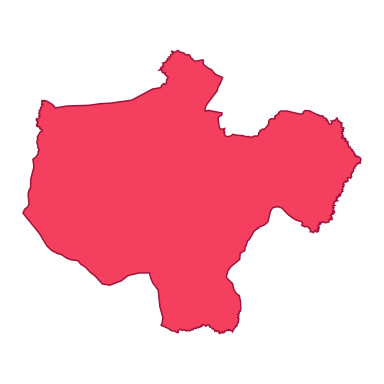 outline of Nong Han, Udon Thani, Thailand
{"feature_id": "78962969B68603960000153", "entity_name": "Nong Han", "entity_type": "district", "adm_level": 2, "iso_a3": "THA", "parent_name": "Thailand", "parent_adm1": "Udon Thani", "projection": "orthographic", "projection_center": [103.164, 17.36], "detail": "fine", "context": "isolated", "style": "filled", "palette": "rose", "viewbox_px": 384, "rotation_deg": 0, "n_neighbors": 0, "source": "geoboundaries", "source_scale": "gbopen_adm2", "svg_char_len": 5993}
<svg xmlns="http://www.w3.org/2000/svg" viewBox="0 0 384 384"><path d="M316.7,232.1L317.4,231.6L317.4,230.5L318.1,231.0L318.1,229.7L318.8,229.7L318.7,229.0L318.1,229.4L317.6,228.7L317.9,227.9L318.8,228.2L319.2,227.5L318.7,227.0L318.8,225.7L318.2,225.5L320.1,224.4L319.3,223.6L319.5,222.7L320.0,223.1L320.6,222.6L320.7,223.4L322.7,221.8L325.3,222.8L328.8,222.0L328.9,220.0L329.9,219.8L330.1,219.1L331.0,219.5L331.0,218.6L331.8,219.0L331.3,217.9L332.6,218.1L331.7,217.5L331.4,216.0L330.5,215.5L331.6,214.8L331.5,214.3L332.8,214.1L332.3,213.4L332.6,212.6L333.7,213.4L334.4,212.5L333.7,212.4L334.1,211.5L333.2,211.3L333.9,210.7L333.0,209.6L334.0,207.9L332.9,207.3L333.7,206.2L333.1,205.9L333.3,205.1L334.2,205.1L333.4,204.6L334.4,202.6L333.7,202.0L334.6,202.2L334.8,201.4L337.4,200.7L336.4,200.1L336.9,199.6L336.2,197.8L337.0,197.6L337.3,196.8L337.7,197.5L338.1,196.5L339.6,196.3L339.3,195.2L340.0,195.2L339.5,194.6L340.3,194.5L339.9,193.8L340.9,193.5L341.9,191.7L342.8,191.4L341.9,189.9L342.8,189.5L342.6,188.2L343.2,187.0L342.9,186.7L343.9,186.3L343.3,185.1L343.9,184.7L343.3,184.2L343.6,183.1L345.1,181.7L345.7,181.9L345.6,181.2L346.8,181.7L348.1,180.8L347.5,178.8L348.1,177.5L350.6,178.2L351.7,176.4L350.9,174.7L351.6,173.2L352.3,173.0L352.0,172.1L353.3,171.4L353.9,167.9L354.8,167.9L354.9,166.2L355.8,166.2L356.4,164.1L358.3,163.8L358.4,163.1L360.3,163.1L360.2,161.5L361.0,159.8L360.2,157.8L358.3,156.7L357.2,156.9L356.9,156.1L355.5,156.1L355.6,155.2L354.3,155.0L354.7,153.7L353.8,153.0L353.7,151.8L352.2,151.2L352.6,150.0L350.6,148.5L350.0,147.0L349.1,147.1L348.4,146.6L348.6,145.4L347.1,143.3L348.1,143.0L347.9,141.7L346.4,140.9L345.3,141.2L345.7,139.4L344.7,139.1L345.4,138.5L343.8,137.9L341.9,138.3L341.7,137.2L343.3,136.0L341.7,133.6L342.6,133.4L341.8,131.6L343.2,131.2L342.4,130.1L343.3,130.0L343.1,129.0L343.9,128.1L343.4,127.8L342.9,128.4L341.7,126.6L341.1,126.7L341.9,124.3L340.9,123.1L341.5,122.8L339.4,121.8L338.9,120.9L338.2,121.1L337.1,118.1L336.5,118.1L336.2,119.2L334.3,120.9L333.6,120.3L332.8,121.2L331.2,121.0L332.0,122.7L330.9,124.3L328.8,123.7L327.7,120.7L326.3,120.3L326.9,119.5L325.9,118.3L324.3,118.2L322.8,115.9L319.6,115.8L318.1,114.6L316.2,114.3L309.6,110.8L304.8,110.6L303.3,112.1L303.3,113.4L300.6,114.2L286.7,111.0L280.6,111.1L278.8,112.4L278.9,113.3L274.7,116.4L275.0,118.6L271.0,118.8L269.7,119.6L269.0,120.5L268.5,124.1L267.2,126.1L264.6,129.0L262.4,129.2L260.0,130.8L260.4,131.6L258.8,132.6L258.3,135.3L257.2,136.1L254.0,136.1L251.7,137.4L248.5,136.5L245.5,136.6L242.8,135.6L237.1,135.3L233.1,134.3L230.2,136.3L226.8,136.6L225.6,135.9L224.3,133.8L224.2,132.6L224.8,132.2L223.7,131.4L224.7,128.5L221.2,129.4L219.6,127.9L219.0,126.1L218.1,118.4L219.1,116.5L221.8,115.1L222.0,113.0L208.1,110.3L207.7,110.9L204.9,110.7L205.7,106.4L207.3,103.7L217.2,90.7L218.2,86.5L220.0,84.1L222.6,77.5L215.2,74.2L211.5,69.7L207.9,67.9L203.7,64.7L203.1,63.6L203.4,60.8L202.9,59.8L196.0,61.2L193.9,60.8L192.0,58.5L190.9,58.2L190.2,56.0L189.0,54.8L185.2,54.7L184.1,53.1L180.0,52.0L178.0,50.5L174.3,52.4L172.0,51.1L171.6,51.4L173.0,53.7L170.7,54.8L170.4,57.0L169.0,57.0L169.5,57.6L168.9,59.2L167.5,58.7L167.1,60.3L166.3,61.0L166.6,61.8L162.8,63.1L163.5,63.8L162.8,65.1L163.9,66.4L163.1,66.0L162.8,67.1L161.1,67.2L160.6,68.9L159.4,70.0L162.0,69.6L161.6,70.4L162.6,72.7L164.3,72.9L165.5,72.2L164.6,73.5L165.1,74.6L168.2,77.3L166.6,79.8L166.3,83.8L165.3,84.2L163.4,83.5L162.9,84.8L161.5,85.4L161.2,87.1L160.4,87.7L152.6,89.0L131.7,100.2L110.8,103.1L100.3,103.7L88.9,105.3L67.1,106.0L55.4,107.9L52.7,104.7L48.2,101.9L44.8,100.5L43.1,100.6L43.8,101.2L42.9,101.4L41.9,101.1L42.1,103.0L41.5,104.2L42.0,105.3L42.5,105.3L40.5,107.8L40.8,109.7L39.2,110.4L39.6,111.7L38.9,113.5L39.5,113.5L39.9,116.0L38.9,116.0L39.2,117.7L38.5,118.6L37.6,119.1L36.7,118.7L36.2,120.0L37.9,121.4L37.3,121.8L38.0,122.7L36.9,123.8L37.2,125.2L36.6,125.1L36.7,126.0L38.0,126.8L38.8,126.4L39.7,127.4L39.8,128.5L40.4,128.3L41.0,129.7L41.8,129.6L42.1,130.2L41.9,131.5L40.4,131.8L37.3,137.0L37.9,139.8L37.3,140.1L36.8,142.3L38.1,146.4L37.7,147.4L39.1,149.4L38.7,150.1L39.1,150.6L38.0,151.9L38.2,153.6L36.1,156.9L32.9,159.3L33.8,165.7L33.6,168.3L30.9,178.5L30.5,188.1L29.2,189.5L28.1,194.0L29.0,204.1L27.7,206.8L24.6,209.3L23.0,213.2L39.2,233.1L46.8,245.7L51.5,250.4L57.6,253.6L61.4,254.5L67.1,258.4L71.8,259.9L77.9,260.6L81.0,264.4L85.4,267.0L90.6,272.6L95.1,275.9L102.3,283.9L109.8,285.2L121.5,280.7L127.3,276.1L129.6,275.1L139.4,272.9L149.4,272.9L150.9,278.5L152.8,282.9L158.2,290.2L159.9,306.8L162.9,317.5L162.2,322.8L161.1,325.2L168.6,328.6L171.4,330.7L174.4,331.1L177.8,332.8L178.3,332.2L178.3,330.6L179.9,329.1L182.2,330.3L184.4,329.8L186.2,331.0L187.6,330.2L188.9,330.9L191.2,330.0L191.6,329.3L193.0,329.8L193.6,328.5L196.3,328.3L196.7,327.3L197.9,327.8L198.5,327.1L200.1,327.2L200.7,326.1L201.8,326.3L202.4,325.4L202.1,324.8L203.0,324.4L206.1,326.2L206.4,325.4L207.5,324.9L209.5,325.4L209.8,326.9L210.6,326.7L212.4,328.7L214.7,329.7L214.8,331.2L215.7,330.8L216.6,331.4L217.4,330.7L218.6,331.6L219.1,333.2L220.0,333.5L222.1,331.7L222.8,332.9L224.4,332.2L225.0,330.8L226.2,330.9L226.7,330.1L228.0,330.3L228.6,329.6L229.0,330.5L230.3,329.9L230.9,330.8L232.3,330.7L232.7,331.5L233.4,329.6L235.6,327.0L235.6,326.0L236.6,326.1L236.4,325.3L237.3,324.6L237.7,322.8L238.3,322.5L238.8,318.3L237.7,317.5L238.6,316.5L238.8,315.2L237.8,314.4L239.2,313.4L239.3,311.3L240.2,311.4L240.8,309.0L240.5,301.2L239.2,295.5L236.4,293.6L235.0,291.6L233.7,288.8L232.5,283.6L227.1,278.4L226.5,276.9L226.7,275.1L228.0,270.6L231.1,266.5L239.7,259.4L240.2,253.3L244.9,250.5L245.0,247.2L246.0,246.1L247.5,240.9L249.1,239.7L254.0,231.4L256.0,229.5L257.2,229.1L257.5,228.0L258.8,228.0L259.0,227.1L264.6,224.8L267.9,221.8L270.4,211.4L272.5,207.9L276.4,206.8L279.3,207.0L281.9,208.1L288.4,214.8L292.8,218.1L296.0,220.0L301.7,221.7L302.6,223.4L301.7,225.2L304.7,226.8L306.8,226.4L307.9,226.8L309.0,228.2L309.5,228.0L310.6,230.6L310.3,231.7L312.5,231.9L313.3,232.7L315.2,230.7L316.7,232.1Z" fill="#f43f5e" stroke="#9f1239" stroke-width="1.5"/></svg>